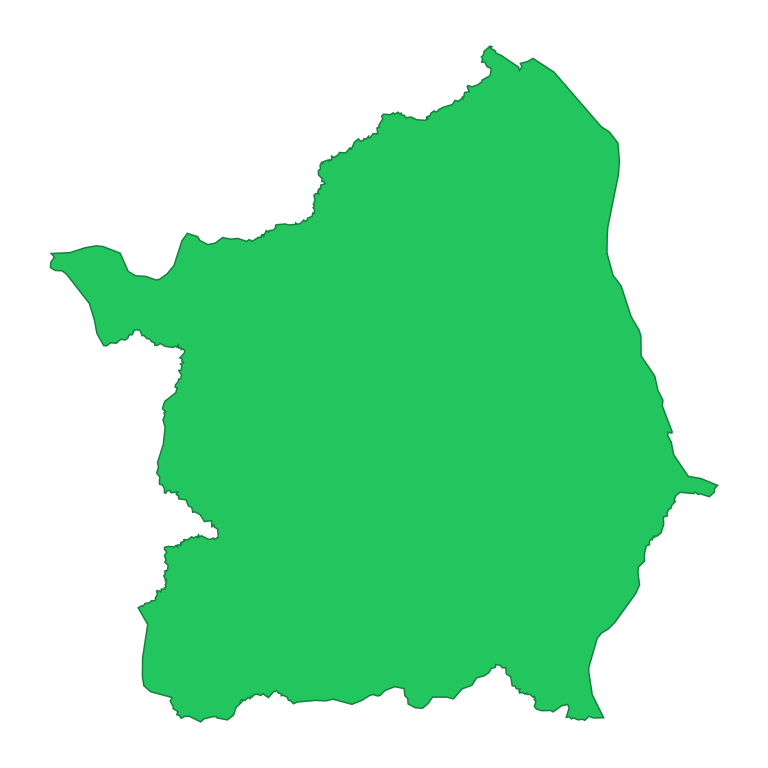 the district of Chanuman, Amnat Charoen, Thailand
{"feature_id": "78962969B71336956115942", "entity_name": "Chanuman", "entity_type": "district", "adm_level": 2, "iso_a3": "THA", "parent_name": "Thailand", "parent_adm1": "Amnat Charoen", "projection": "mercator", "projection_center": [104.897, 16.141], "detail": "fine", "context": "isolated", "style": "filled", "palette": "green", "viewbox_px": 768, "rotation_deg": 0, "n_neighbors": 0, "source": "geoboundaries", "source_scale": "gbopen_adm2", "svg_char_len": 6084}
<svg xmlns="http://www.w3.org/2000/svg" viewBox="0 0 768 768"><path d="M532.9,58.4L527.6,61.5L520.4,63.4L522.0,66.8L519.4,70.6L518.6,67.2L501.7,55.7L495.8,53.1L495.6,51.1L490.2,48.0L491.9,46.8L490.1,46.1L484.1,51.3L483.3,55.1L481.3,57.0L482.5,58.4L481.8,62.2L484.8,62.2L487.1,66.7L491.2,68.5L490.2,75.6L482.2,80.0L481.8,81.8L477.7,84.9L472.0,86.8L468.1,85.5L467.2,86.6L469.2,91.8L464.6,92.5L463.7,97.1L462.4,97.0L462.8,98.9L461.9,98.3L458.5,101.2L455.0,100.4L452.4,104.5L442.9,107.4L438.4,109.8L438.0,111.2L435.5,112.0L434.2,110.9L431.0,113.1L430.2,115.5L426.5,117.0L426.6,118.6L427.8,118.8L425.2,120.3L416.8,119.8L411.2,117.0L405.8,117.7L404.2,115.2L401.6,115.1L401.4,113.2L399.2,113.7L398.1,112.2L394.7,114.1L393.1,112.8L390.5,114.6L383.4,114.2L381.6,116.2L382.8,118.8L378.8,125.4L379.3,127.0L377.0,128.0L377.7,133.7L373.1,133.7L370.2,137.7L368.8,137.6L368.7,136.2L366.0,139.2L364.1,138.5L363.4,140.3L360.5,141.2L358.4,138.9L354.5,142.0L351.4,149.1L350.0,147.8L345.7,152.9L339.3,152.5L338.7,154.5L334.1,157.4L331.6,156.2L331.8,159.5L330.5,160.4L329.4,159.5L328.6,161.0L327.8,160.1L323.5,161.6L322.7,163.2L321.8,162.2L320.1,165.1L320.4,169.2L318.3,170.5L318.5,174.9L322.2,178.7L321.8,181.4L323.6,181.5L325.1,183.8L320.8,185.0L320.9,188.1L319.4,188.5L319.9,189.6L318.5,189.7L317.7,192.0L318.8,193.8L315.9,193.5L313.9,195.3L315.1,200.4L313.3,204.3L314.4,205.3L313.1,207.8L314.5,208.7L314.3,213.3L312.8,213.0L312.0,216.5L307.8,218.0L306.9,220.5L305.3,221.3L303.8,220.0L300.3,223.6L297.0,224.2L295.8,223.0L295.7,224.3L289.2,225.0L285.0,224.0L277.0,224.7L275.5,225.3L275.7,227.7L273.4,230.0L269.2,230.7L268.6,232.1L266.4,230.6L263.7,236.0L263.2,234.6L261.7,234.8L261.0,237.3L258.3,237.3L252.4,241.3L249.2,239.6L246.6,241.4L237.8,238.4L231.0,239.2L222.6,237.6L215.2,243.1L207.8,244.6L199.9,240.5L197.7,236.7L187.3,233.3L181.9,240.9L174.0,265.5L167.2,273.8L159.5,279.3L156.1,280.0L145.8,276.4L135.7,275.8L128.2,271.4L120.1,253.1L102.8,246.5L96.2,245.8L85.1,247.8L69.6,252.7L51.2,253.5L54.5,257.2L50.9,262.0L50.4,267.6L55.3,270.5L62.1,270.8L66.6,274.3L89.3,303.4L94.5,320.4L96.9,333.4L103.7,345.6L106.6,345.8L110.7,342.8L116.3,343.2L120.8,339.3L125.4,340.0L127.8,338.1L129.2,334.8L132.2,334.8L134.2,330.2L138.2,329.7L140.5,331.2L142.0,335.7L143.9,335.4L147.2,338.8L149.7,338.8L151.4,341.6L154.6,342.8L154.7,345.1L156.9,345.5L160.3,343.5L165.3,346.4L173.1,347.4L175.7,346.2L176.9,347.2L178.3,345.1L178.6,348.1L181.0,347.8L181.2,349.7L183.4,349.1L184.7,350.7L184.3,353.0L179.9,357.9L182.1,358.9L181.8,361.1L183.5,362.7L180.4,364.1L181.9,365.4L181.0,370.4L178.7,370.4L181.6,375.2L180.5,378.9L178.5,379.2L178.3,381.5L175.4,384.9L175.2,387.2L177.2,387.8L175.7,392.8L164.8,401.3L162.8,407.2L162.7,409.3L165.8,411.5L163.9,412.9L164.8,415.2L163.0,419.7L165.1,427.3L163.3,444.3L157.5,462.6L158.5,467.1L156.7,473.1L159.7,476.9L159.4,484.1L162.3,485.0L164.4,488.4L164.4,492.6L165.7,493.3L167.1,490.9L169.9,490.5L171.1,492.8L177.5,492.0L176.2,494.4L178.4,495.8L178.8,498.9L186.1,499.8L188.4,506.0L191.7,507.3L192.8,512.3L195.1,511.9L200.3,514.8L204.4,521.6L211.5,520.7L211.8,526.6L214.0,524.8L214.1,526.9L217.6,529.0L218.3,537.1L214.3,539.4L213.6,538.0L209.2,539.6L201.5,535.8L199.2,536.8L198.6,534.9L197.4,537.3L197.1,536.4L193.4,537.8L191.7,536.8L187.5,539.9L183.9,539.7L184.3,541.1L181.9,542.1L181.4,544.0L180.7,543.1L180.3,545.6L178.5,544.8L176.7,545.4L177.2,546.7L175.6,545.7L174.0,547.0L168.4,546.3L164.6,547.3L164.3,549.1L166.8,552.3L164.5,555.3L165.9,560.4L164.8,562.2L168.2,565.5L167.3,570.5L164.9,570.9L165.1,574.3L163.8,575.7L165.0,578.8L166.6,579.4L165.2,580.9L166.5,582.0L165.2,585.0L166.1,587.1L164.4,588.0L164.9,589.2L161.3,589.1L160.9,591.9L157.8,590.4L156.5,591.2L157.5,594.3L155.3,597.9L155.9,599.4L154.1,600.9L151.5,600.6L149.7,602.6L144.9,603.5L143.3,606.2L141.6,605.7L138.2,607.8L147.7,624.4L142.6,658.0L142.4,675.9L143.8,685.7L150.8,691.8L172.1,697.5L170.2,701.1L173.5,707.3L173.0,708.6L177.7,711.4L176.9,714.8L179.5,715.6L181.2,718.3L184.6,716.4L189.0,716.2L200.7,721.9L203.7,719.0L212.6,716.7L216.7,716.6L217.1,717.9L227.4,719.9L233.6,715.0L236.0,707.5L241.2,702.7L240.1,702.1L241.3,699.9L242.6,701.2L242.9,699.8L244.8,700.5L248.1,697.6L250.3,698.7L251.3,696.3L252.4,696.9L253.4,695.1L256.8,694.1L260.9,695.5L262.7,693.7L268.5,697.6L273.2,692.1L276.7,690.7L278.4,693.0L281.5,694.0L281.2,695.7L283.4,695.3L287.3,697.3L288.4,700.3L290.6,700.7L293.4,703.7L297.5,702.0L315.4,700.4L325.4,700.9L333.1,699.2L351.9,704.3L361.8,700.4L369.5,695.6L372.8,694.5L377.8,696.0L380.3,695.3L385.1,690.4L394.8,686.7L404.2,688.6L404.8,695.6L407.8,698.7L408.1,704.0L415.5,707.8L422.6,708.2L428.0,703.6L432.7,697.1L446.7,697.1L453.4,698.9L462.2,688.8L471.9,685.3L476.6,677.8L484.1,675.9L488.9,672.7L491.2,668.4L495.4,667.4L495.6,664.5L500.4,665.5L502.3,667.9L505.7,667.6L506.3,674.0L510.8,676.9L512.2,685.9L515.2,686.0L516.4,688.8L520.0,689.0L518.9,691.4L519.7,693.1L522.5,692.5L524.9,694.1L526.6,693.1L526.9,694.3L530.5,694.6L533.1,697.3L534.6,696.7L535.5,699.0L534.2,699.3L535.8,701.5L534.4,706.4L536.4,709.1L541.9,710.7L550.9,710.5L553.2,711.9L561.4,705.9L567.7,704.4L569.1,708.0L566.3,717.3L568.9,716.7L571.4,718.9L573.4,717.9L578.3,719.9L582.3,719.2L584.8,720.3L588.9,716.4L594.0,718.0L603.6,717.7L592.2,694.6L588.7,671.4L588.8,667.3L597.2,638.4L601.5,633.0L608.0,629.2L614.7,622.6L635.6,593.7L639.6,584.7L638.0,573.7L638.4,567.0L644.5,561.2L644.4,554.1L646.3,545.8L649.5,544.8L649.5,541.2L651.3,539.2L652.1,539.8L653.0,537.3L654.5,537.5L654.0,536.1L657.1,536.1L661.1,532.8L663.7,524.5L663.3,517.1L667.4,515.9L666.9,513.0L668.8,509.3L670.9,508.4L671.8,505.3L675.4,501.4L674.2,500.5L675.8,495.7L680.0,492.3L693.8,493.6L695.2,492.1L698.2,494.5L700.4,493.8L709.4,496.7L714.3,492.2L714.6,488.7L717.6,485.4L700.9,478.5L688.3,476.4L673.6,454.6L671.3,442.2L667.7,435.4L668.1,432.2L671.8,433.1L672.2,431.9L662.3,406.0L662.9,400.2L657.9,390.3L654.8,376.1L641.1,355.9L640.9,336.1L639.0,330.0L631.2,316.8L621.2,286.1L613.0,275.1L607.0,253.1L607.2,237.0L607.8,227.0L618.4,174.8L619.4,160.7L617.9,143.0L609.1,131.7L601.3,126.8L554.0,72.1L532.9,58.4Z" fill="#22c55e" stroke="#15803d" stroke-width="1.5"/></svg>